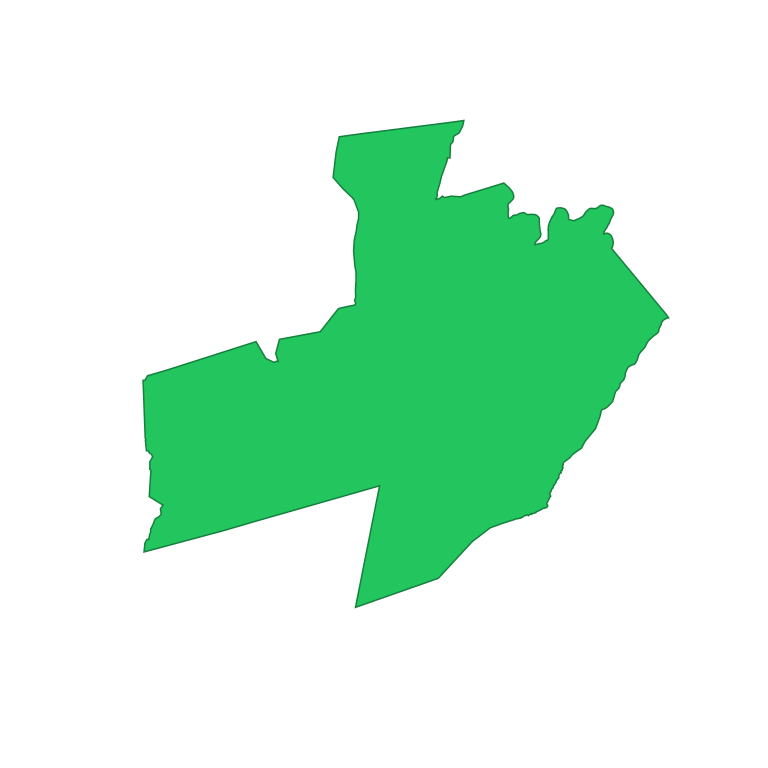 outline of Candela, Coahuila, Mexico, rotated 32°
{"feature_id": "50627088B44325844146536", "entity_name": "Candela", "entity_type": "district", "adm_level": 2, "iso_a3": "MEX", "parent_name": "Mexico", "parent_adm1": "Coahuila", "projection": "equal_earth", "projection_center": [-100.597, 26.828], "detail": "fine", "context": "isolated", "style": "filled", "palette": "green", "viewbox_px": 768, "rotation_deg": 32, "n_neighbors": 0, "source": "geoboundaries", "source_scale": "gbopen_adm2", "svg_char_len": 6026}
<svg xmlns="http://www.w3.org/2000/svg" viewBox="0 0 768 768"><g transform="rotate(32 384 384)"><path d="M269.5,653.6L325.6,593.4L347.6,568.7L384.4,527.9L434.2,472.7L478.2,588.5L533.0,520.0L542.3,471.0L550.3,449.6L558.3,439.4L566.9,429.3L567.3,428.1L568.4,427.8L571.3,424.8L571.7,423.8L572.1,423.5L572.6,421.8L573.8,420.2L574.1,420.3L574.3,419.7L575.5,418.8L576.3,419.1L576.4,418.8L576.6,417.5L576.8,417.5L577.3,416.5L577.8,416.5L577.7,416.3L578.0,416.2L577.8,416.0L577.9,415.7L578.1,415.9L578.0,415.6L578.3,415.3L578.8,415.0L579.7,414.0L579.9,414.0L580.8,412.7L580.6,412.4L581.0,412.0L580.9,411.8L580.9,411.5L581.5,410.9L582.4,409.5L583.9,407.1L584.8,405.3L587.3,402.8L587.6,401.1L587.0,400.0L585.9,399.6L585.0,398.8L585.2,397.6L584.9,395.0L585.0,394.2L584.9,393.4L584.8,392.9L584.9,392.5L584.5,391.5L584.8,390.7L583.3,390.0L582.6,389.3L582.7,389.2L582.7,388.6L582.7,388.3L582.6,388.0L582.5,387.7L582.4,387.4L582.5,387.0L582.5,386.3L582.4,386.0L582.0,384.5L582.0,384.2L582.0,383.8L582.1,383.6L582.3,383.2L582.4,382.7L582.1,381.5L581.7,381.0L581.6,380.6L581.6,380.2L581.7,379.8L582.1,379.3L582.1,379.0L581.8,378.5L581.8,378.2L581.8,377.9L581.9,377.7L582.0,377.1L582.0,376.9L581.9,376.4L581.7,375.3L581.4,374.5L581.6,373.9L581.6,373.7L581.5,373.2L581.6,372.8L581.6,372.4L581.8,371.9L582.0,371.7L582.0,371.3L581.8,371.0L581.7,370.5L581.6,370.2L581.4,369.9L581.0,369.5L580.9,369.3L580.8,368.8L580.6,368.1L580.6,367.9L580.6,366.4L580.7,366.2L580.8,365.9L581.2,365.7L581.3,365.6L581.3,365.4L581.2,365.4L581.0,365.2L580.6,364.6L580.3,364.2L580.2,364.1L580.3,363.8L580.8,363.2L580.8,362.8L580.8,362.5L580.3,361.8L580.2,361.5L580.1,361.2L580.1,360.9L580.2,360.6L580.3,360.4L580.3,360.2L580.2,360.1L579.9,359.8L579.5,359.7L579.1,359.7L578.9,359.6L578.7,359.3L578.8,359.0L578.8,358.8L578.7,358.7L578.7,358.4L578.9,357.7L578.8,357.4L578.7,357.3L578.3,357.2L577.9,355.0L580.2,349.4L580.8,347.5L581.1,344.3L583.4,338.5L585.5,333.8L584.9,326.3L586.0,317.5L587.1,309.9L584.5,297.6L582.5,291.5L582.6,289.6L584.2,288.3L585.7,284.7L587.2,277.9L584.7,268.8L584.5,267.2L585.4,263.5L585.1,261.4L584.1,258.1L585.2,252.9L584.8,252.6L584.8,252.4L584.8,251.7L584.7,251.1L584.5,250.1L584.1,249.2L583.4,247.8L583.0,247.2L582.8,246.3L582.3,243.0L582.2,242.4L582.2,241.1L582.3,240.2L582.4,239.7L582.9,238.6L584.1,236.7L585.7,234.7L586.0,234.1L586.2,233.5L586.2,233.1L586.1,232.0L586.1,230.3L585.9,229.4L585.8,228.6L585.4,227.2L584.9,225.8L584.7,224.7L584.6,223.7L584.6,221.8L584.7,221.0L584.8,220.3L585.4,217.2L585.7,215.2L585.7,214.5L585.7,214.0L585.7,213.3L585.6,212.5L585.4,211.1L585.3,210.2L585.3,208.7L585.4,207.3L585.5,206.3L586.1,204.4L586.4,202.8L586.7,201.9L587.5,199.5L587.8,198.7L588.4,197.4L588.6,196.8L588.8,196.3L589.0,195.4L589.0,194.7L589.0,194.0L588.9,193.4L588.6,192.9L588.3,192.1L587.9,190.7L587.8,189.6L587.7,187.6L587.5,186.6L586.9,184.6L586.8,184.1L586.8,183.6L586.9,182.8L587.1,182.1L587.3,181.4L587.7,180.5L588.0,179.9L588.4,179.3L588.8,178.6L589.2,178.1L590.3,177.1L586.1,175.3L505.0,148.4L505.1,146.9L504.7,145.4L504.0,143.6L503.4,142.3L502.4,141.3L501.3,140.1L499.8,139.0L498.8,138.1L497.3,137.6L495.5,137.4L494.0,137.6L492.8,138.2L492.1,138.8L491.1,140.2L490.4,139.9L490.0,138.1L490.0,135.3L490.1,132.6L489.8,130.8L489.9,128.6L489.3,126.1L488.8,122.5L488.7,120.5L488.6,118.7L487.7,116.7L486.6,115.8L485.9,114.9L484.4,114.4L482.7,114.5L481.2,114.7L479.9,115.0L478.0,115.8L476.9,116.0L475.9,116.0L474.9,116.5L473.9,116.9L472.9,118.0L472.3,119.4L471.5,121.8L470.6,122.8L469.6,123.7L466.3,125.4L465.4,126.4L464.9,127.9L464.4,129.5L464.0,131.2L463.9,132.6L464.0,134.0L463.8,135.4L463.8,136.2L463.2,137.6L462.1,139.7L461.3,141.0L460.4,142.1L459.6,143.3L459.1,144.2L458.1,145.0L457.0,145.5L454.5,146.3L453.5,146.3L452.7,145.8L451.7,144.1L450.9,142.9L448.3,141.1L446.8,140.3L445.2,139.8L443.6,139.9L441.8,140.4L440.2,141.1L437.5,143.1L437.2,144.3L437.4,145.9L437.7,147.2L438.0,148.4L438.1,150.0L438.1,152.0L438.0,154.1L438.3,155.9L438.7,159.2L439.2,161.1L439.7,162.8L440.8,164.9L441.4,166.2L442.8,167.9L444.7,171.1L445.4,172.3L446.4,173.6L446.5,174.2L446.5,175.2L446.1,175.7L445.6,176.4L444.9,177.8L444.4,179.1L443.7,180.4L442.9,181.4L442.2,182.0L441.2,182.6L439.8,184.3L438.9,185.2L438.1,185.9L437.7,185.3L437.5,184.0L437.5,182.4L437.9,180.6L438.3,178.9L438.5,177.6L438.6,176.5L438.2,175.2L437.5,173.7L436.8,172.8L435.7,171.8L434.6,170.8L433.5,169.1L431.5,166.8L430.5,165.1L429.3,163.5L428.4,162.0L427.4,160.8L426.4,160.5L425.2,160.2L423.6,160.1L422.1,160.4L420.7,161.1L418.7,162.3L416.0,164.2L414.4,164.6L413.3,164.4L412.1,164.4L411.3,164.9L408.7,167.3L408.1,168.4L407.5,169.5L406.9,170.4L405.0,171.8L404.2,172.9L403.8,174.3L403.5,175.4L403.2,176.3L402.7,177.0L402.0,177.3L401.3,176.8L400.0,175.2L398.8,173.5L398.0,172.0L397.3,170.3L396.6,169.3L395.6,168.6L395.2,167.6L394.3,166.7L394.0,165.4L394.2,164.2L394.9,161.6L395.4,159.1L395.4,157.8L394.9,156.6L394.0,155.4L391.8,153.5L390.3,152.7L388.1,152.0L386.1,151.3L383.9,150.9L379.1,150.1L352.1,181.3L349.8,184.6L341.1,189.3L340.2,190.3L336.5,193.9L333.9,193.8L333.0,196.9L330.1,200.1L329.5,196.2L327.6,193.6L324.9,183.8L322.6,177.1L319.2,161.4L317.9,158.5L320.2,157.4L313.6,145.9L314.0,141.7L311.8,137.1L314.7,131.2L314.0,123.6L312.1,118.2L302.8,126.0L234.4,181.9L215.1,198.0L220.4,212.5L231.4,235.8L245.5,240.1L258.1,242.7L261.3,243.9L271.4,251.7L274.7,257.1L276.9,263.5L279.5,269.2L282.5,277.7L287.7,287.3L296.8,299.4L300.8,303.7L305.4,310.9L309.9,319.3L314.1,325.5L314.9,329.0L316.9,330.1L317.6,332.3L309.3,340.2L305.4,344.2L302.2,373.5L271.7,401.5L276.0,415.5L282.2,421.0L280.7,421.8L279.5,423.9L270.4,425.0L253.0,415.9L199.1,479.5L190.8,489.2L179.1,502.3L179.2,503.2L179.3,507.6L177.7,508.5L210.2,556.5L211.4,557.2L211.4,558.1L217.9,566.5L219.9,565.7L221.5,566.8L224.2,566.8L226.4,568.5L226.7,574.2L229.2,578.1L230.4,580.4L232.0,580.6L244.6,603.9L260.8,603.8L260.5,608.3L264.0,612.4L263.6,615.7L261.7,619.0L261.6,620.9L262.6,625.7L263.0,630.7L264.5,633.1L265.2,636.4L266.9,640.5L265.3,641.4L265.6,645.7L269.5,653.6Z" fill="#22c55e" stroke="#15803d" stroke-width="1.5"/></g></svg>